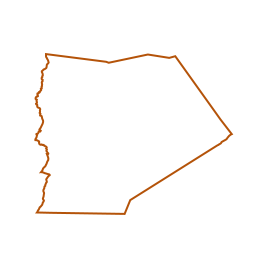 the district of San Francisco de La Paz, Olancho, Honduras, rotated 352°
{"feature_id": "27666195B84408666272476", "entity_name": "San Francisco de La Paz", "entity_type": "district", "adm_level": 2, "iso_a3": "HND", "parent_name": "Honduras", "parent_adm1": "Olancho", "projection": "mercator", "projection_center": [-86.243, 14.84], "detail": "fine", "context": "isolated", "style": "outline", "palette": "amber", "viewbox_px": 256, "rotation_deg": 352, "n_neighbors": 0, "source": "geoboundaries", "source_scale": "gbopen_adm2", "svg_char_len": 5042}
<svg xmlns="http://www.w3.org/2000/svg" viewBox="0 0 256 256"><g transform="rotate(352 128 128)"><path d="M120.2,199.7L214.4,157.5L215.0,157.4L215.3,157.3L215.6,157.1L215.8,157.0L216.0,156.8L216.6,156.6L217.3,156.4L217.8,156.1L218.2,155.7L218.5,155.2L218.8,154.9L220.8,154.1L222.9,153.3L224.0,152.8L225.4,151.3L227.1,149.8L228.5,149.0L229.2,148.7L229.9,148.5L220.8,132.5L216.6,124.4L184.8,63.5L178.6,64.3L157.9,58.0L118.0,60.7L115.6,59.4L57.1,43.4L56.8,45.5L56.8,46.0L56.9,46.4L57.0,46.8L57.4,47.5L57.5,47.7L57.5,48.1L57.6,48.3L58.0,49.2L58.3,50.1L58.3,50.4L58.4,51.3L58.5,51.9L58.5,52.1L58.4,52.2L58.3,52.4L58.0,52.8L57.7,53.0L56.9,53.6L56.7,53.7L56.6,53.9L56.4,54.2L56.2,54.9L55.9,56.1L55.6,56.9L55.4,57.2L55.3,57.3L54.9,57.5L53.7,58.1L53.2,58.2L52.9,58.3L52.6,58.3L51.4,59.3L51.2,59.4L50.8,59.6L50.7,59.7L50.6,59.8L50.5,60.1L50.5,60.7L50.6,60.9L51.0,62.3L51.0,63.8L50.9,64.1L50.4,64.6L50.2,64.9L50.2,65.0L50.3,65.5L50.2,65.6L49.4,66.5L49.4,67.2L49.4,67.6L49.5,67.9L49.7,68.1L50.2,68.4L50.2,68.5L50.1,68.8L49.9,69.2L49.9,69.3L50.0,69.4L50.0,69.5L49.8,70.0L49.4,70.2L49.2,70.3L49.1,70.5L49.0,70.9L48.9,71.2L49.0,72.2L49.0,73.1L48.9,73.3L48.8,73.5L48.7,73.6L48.7,73.8L48.7,74.2L48.7,74.5L48.2,75.0L48.1,75.7L48.2,76.4L48.1,76.7L48.0,76.8L47.9,76.9L47.5,76.9L47.2,76.9L47.1,77.0L47.1,77.3L47.3,78.2L47.3,78.3L47.1,78.6L46.9,78.8L46.3,79.1L46.0,79.4L45.7,80.1L45.6,80.3L45.4,80.3L45.1,80.1L44.9,80.1L44.7,80.1L44.6,80.3L44.3,80.9L44.3,81.0L43.4,81.1L43.2,81.2L43.2,81.3L43.1,81.5L43.3,81.9L43.3,82.1L43.2,82.3L43.0,82.6L42.9,82.7L43.0,82.9L43.1,83.2L43.3,83.6L43.3,83.9L43.2,84.0L42.7,84.2L41.7,84.4L41.5,84.5L41.4,84.5L41.1,84.8L40.8,85.2L40.7,85.5L40.6,85.8L40.6,86.0L40.6,86.4L40.7,86.5L40.9,86.7L41.1,86.9L41.2,87.0L41.5,87.1L41.7,87.3L41.6,87.5L41.3,87.9L41.3,88.0L41.2,88.3L41.2,88.5L41.2,88.9L41.4,89.4L41.4,89.7L41.4,90.0L41.3,90.3L41.1,90.5L40.6,90.9L40.3,91.1L40.3,91.4L40.4,91.7L40.5,91.9L40.8,92.1L41.2,92.1L41.3,92.3L41.3,92.7L41.1,94.2L41.2,94.5L41.3,94.7L41.5,95.0L41.9,95.3L43.2,96.0L43.3,96.1L43.5,96.5L43.7,97.1L43.6,97.4L43.3,98.1L43.2,98.3L43.2,98.7L43.2,99.3L43.1,99.9L43.0,100.2L42.9,100.3L42.7,100.5L42.6,100.8L42.7,101.0L43.2,101.6L43.3,101.7L43.3,101.8L43.2,102.0L43.0,102.3L42.8,102.7L42.7,103.1L42.7,103.4L42.8,103.5L43.2,103.7L43.9,104.0L44.1,104.2L44.2,104.4L44.2,104.8L44.3,106.2L44.3,106.5L44.5,107.4L44.7,108.1L44.9,108.6L44.9,108.9L44.9,109.3L44.8,110.1L44.4,111.1L43.8,112.3L43.5,112.7L41.6,115.5L41.3,115.9L40.1,117.1L40.2,117.4L40.3,117.7L40.5,117.9L40.9,118.2L41.1,118.4L41.2,118.5L40.8,119.1L40.7,119.2L40.5,119.3L40.3,119.2L40.1,119.1L39.9,119.0L39.8,118.9L39.6,118.9L39.5,119.0L39.4,118.9L39.1,119.0L38.9,119.4L38.9,119.7L38.9,119.8L38.5,120.3L37.9,121.0L37.7,121.1L37.4,121.1L37.1,121.1L36.7,121.1L36.4,121.3L36.4,121.5L36.5,121.8L37.0,122.2L37.0,122.3L36.5,123.4L36.1,124.5L35.8,124.9L35.5,125.3L34.9,126.0L34.6,126.7L34.6,126.9L34.6,127.1L36.0,127.4L36.3,127.6L36.8,127.9L37.0,128.1L37.4,128.4L37.7,128.6L37.9,128.7L38.1,129.1L38.1,129.4L38.1,129.6L37.8,130.1L37.9,130.9L38.0,131.3L38.1,131.6L38.2,131.8L38.5,132.0L38.9,132.3L39.1,132.4L39.4,132.5L40.0,132.3L40.3,132.3L40.5,132.6L40.9,132.9L41.4,133.0L41.7,133.0L41.9,133.0L42.0,133.0L42.2,133.5L42.5,133.7L42.8,133.7L42.9,133.8L43.0,134.0L43.2,134.3L43.3,134.4L43.4,134.5L44.1,134.9L44.5,135.2L44.6,135.4L44.7,135.7L44.8,136.0L44.7,136.2L44.6,136.4L44.3,136.7L44.2,136.9L44.1,137.0L44.5,137.5L44.6,137.8L44.7,138.1L44.6,138.3L44.3,138.6L44.1,138.9L44.0,139.1L44.0,139.3L44.1,139.6L44.3,139.9L44.4,140.0L44.6,140.5L44.7,140.9L44.8,141.3L45.0,141.5L45.3,141.7L45.4,141.8L45.5,142.0L45.5,142.4L45.4,142.5L45.1,142.8L44.8,142.9L44.6,142.9L44.1,142.7L44.2,143.2L44.4,143.9L44.6,144.9L44.8,146.1L44.9,146.9L44.8,147.4L44.7,147.9L44.6,148.3L44.5,148.7L43.9,149.4L43.3,150.2L42.8,151.2L42.3,152.2L41.6,153.1L41.1,154.0L40.2,154.8L39.1,155.5L38.4,156.2L38.2,156.4L38.1,156.6L37.4,157.9L37.0,158.5L36.6,159.0L36.2,159.4L36.1,159.5L36.0,159.4L35.9,159.5L36.0,159.5L36.3,159.6L36.8,159.8L37.9,160.3L38.4,160.5L38.8,160.9L39.2,161.1L40.2,161.5L41.4,162.1L42.2,162.4L42.6,162.6L43.0,162.8L43.4,162.9L43.7,163.2L43.9,163.4L43.9,163.5L43.9,163.8L43.7,163.9L43.5,164.1L43.0,164.2L42.2,164.9L41.8,165.3L41.1,166.1L40.4,166.8L40.1,167.2L39.9,167.5L40.0,168.8L40.1,169.7L40.1,169.9L40.1,170.1L39.8,170.5L39.5,170.7L39.5,170.8L39.3,171.0L39.1,171.2L38.8,171.9L38.4,172.3L38.3,172.5L38.1,173.3L38.0,173.5L38.0,173.8L37.4,174.2L37.2,174.3L37.1,174.5L36.9,175.1L36.8,175.8L36.7,176.0L36.3,176.6L36.1,176.9L35.8,177.3L35.6,177.7L35.5,178.2L35.4,178.5L35.4,178.8L35.5,179.4L35.8,180.3L35.8,180.7L35.8,181.0L35.6,181.5L35.2,182.8L35.0,183.6L34.8,184.2L34.6,184.6L34.0,185.8L33.9,186.0L33.9,186.4L34.0,186.8L34.3,187.4L34.6,188.0L34.6,188.3L34.5,188.5L33.8,189.5L33.3,189.9L33.2,190.1L33.0,190.7L32.3,192.1L31.6,192.7L30.9,193.4L30.1,194.0L29.6,194.2L29.5,194.4L29.3,194.6L29.0,195.2L28.6,195.8L28.0,196.6L27.4,197.1L27.2,197.4L27.1,197.6L26.9,198.0L26.7,198.3L26.4,198.7L26.1,199.0L39.5,201.2L112.7,212.6L120.2,199.7Z" fill="none" stroke="#b45309" stroke-width="2"/></g></svg>